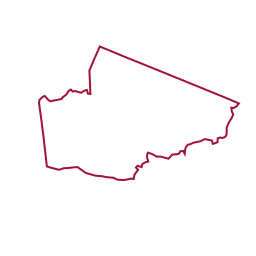 outline of Cumaru, Pernambuco, Brazil, rotated 205°
{"feature_id": "56859067B93375243581372", "entity_name": "Cumaru", "entity_type": "district", "adm_level": 2, "iso_a3": "BRA", "parent_name": "Brazil", "parent_adm1": "Pernambuco", "projection": "orthographic", "projection_center": [-35.732, -8.029], "detail": "fine", "context": "isolated", "style": "outline", "palette": "rose", "viewbox_px": 256, "rotation_deg": 205, "n_neighbors": 0, "source": "geoboundaries", "source_scale": "gbopen_adm2", "svg_char_len": 1437}
<svg xmlns="http://www.w3.org/2000/svg" viewBox="0 0 256 256"><g transform="rotate(205 128 128)"><path d="M188.0,189.9L187.7,176.2L187.3,163.7L184.5,158.5L176.5,143.0L178.8,142.2L181.4,145.1L183.4,143.3L185.2,140.3L188.7,139.5L191.2,139.3L193.6,137.7L196.0,138.7L197.5,136.5L198.1,132.1L200.0,128.6L200.5,126.1L203.1,124.3L206.7,121.6L209.2,119.6L211.8,119.6L217.0,121.9L218.5,120.1L220.1,116.0L219.2,113.0L208.5,96.5L205.3,91.3L203.7,88.8L201.7,85.7L185.3,58.9L181.3,59.4L177.0,60.2L172.8,61.0L169.1,64.5L166.6,65.7L163.0,67.9L161.0,69.1L159.0,70.3L156.9,71.3L154.1,70.6L151.6,70.3L148.9,69.6L146.2,69.5L143.4,70.1L139.7,70.6L136.8,71.2L131.2,73.3L126.5,74.4L120.2,76.8L116.0,76.7L112.6,77.9L110.4,78.8L107.1,80.9L103.9,83.4L101.3,84.1L102.4,88.5L101.2,94.4L104.1,95.5L103.4,97.7L99.2,98.4L99.8,101.4L97.6,104.4L95.4,106.1L98.0,109.0L99.3,111.5L99.5,114.1L95.2,114.6L90.0,114.2L86.1,116.0L81.8,116.7L78.3,117.3L76.7,122.5L73.7,124.3L71.0,126.1L70.7,129.1L68.2,130.5L65.7,128.6L67.1,132.8L67.4,135.2L66.7,138.1L64.7,139.7L62.6,142.2L58.9,145.0L56.7,146.7L53.7,150.4L49.4,151.5L46.8,152.1L44.4,149.5L42.4,151.3L40.8,153.2L42.4,156.6L40.4,158.4L38.2,158.8L36.2,161.0L35.9,163.7L38.8,170.5L39.0,174.8L38.3,180.9L38.3,184.6L40.8,186.8L42.9,190.1L40.7,190.8L38.7,193.6L37.9,197.1L49.3,196.8L72.8,195.6L75.7,195.5L87.7,194.9L90.0,194.8L133.1,192.6L161.5,191.1L180.4,190.3L188.0,189.9Z" fill="none" stroke="#9f1239" stroke-width="2"/></g></svg>